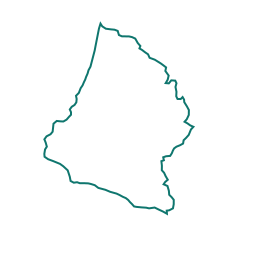 outline of Surubim, Pernambuco, Brazil, rotated 36°
{"feature_id": "56859067B76326707509966", "entity_name": "Surubim", "entity_type": "district", "adm_level": 2, "iso_a3": "BRA", "parent_name": "Brazil", "parent_adm1": "Pernambuco", "projection": "mercator", "projection_center": [-35.746, -7.891], "detail": "fine", "context": "isolated", "style": "outline", "palette": "teal", "viewbox_px": 256, "rotation_deg": 36, "n_neighbors": 0, "source": "geoboundaries", "source_scale": "gbopen_adm2", "svg_char_len": 1822}
<svg xmlns="http://www.w3.org/2000/svg" viewBox="0 0 256 256"><g transform="rotate(36 128 128)"><path d="M163.0,75.9L158.3,74.0L156.7,72.1L154.0,70.9L153.6,73.6L151.0,75.4L148.4,74.0L145.9,70.2L142.3,66.9L140.9,63.3L138.4,61.9L135.0,64.0L134.8,67.9L132.1,69.5L131.7,65.6L130.1,61.7L124.7,59.9L123.2,56.6L119.4,56.5L116.6,56.5L109.5,57.0L104.2,58.5L100.9,56.6L97.4,56.7L93.4,56.6L90.5,56.9L89.8,54.4L85.9,53.5L81.3,51.4L77.8,52.1L75.0,53.3L69.2,57.4L66.0,58.1L62.6,55.5L59.3,56.4L56.1,58.3L51.7,60.7L47.4,60.9L44.4,59.7L46.1,64.7L53.7,81.1L55.5,84.9L61.6,100.5L62.1,104.5L63.3,107.7L64.1,111.4L64.9,113.9L65.4,116.8L66.2,120.2L66.3,123.6L67.6,128.5L67.0,132.5L69.4,134.7L71.1,137.6L71.2,140.8L70.0,143.9L70.0,147.2L72.6,148.7L74.1,150.8L73.7,153.7L73.4,157.3L71.9,160.7L69.8,162.1L66.2,164.2L65.2,168.3L69.2,175.3L69.0,178.6L67.0,182.6L67.0,186.3L70.0,188.2L73.3,190.8L73.5,194.1L75.5,198.1L77.4,200.3L81.7,200.2L87.1,198.7L94.1,197.0L98.1,197.0L104.1,197.7L109.5,201.6L112.7,204.6L116.3,204.1L118.7,201.8L121.4,201.0L125.0,198.4L128.5,196.1L130.9,195.1L134.7,193.8L139.2,193.9L146.0,191.3L151.1,190.1L157.3,187.8L160.4,187.2L164.3,186.7L167.4,186.0L170.4,186.1L173.2,186.8L176.0,187.2L179.0,187.9L181.3,186.8L183.5,185.5L185.7,184.2L189.5,181.8L192.3,180.6L196.3,176.7L200.9,175.9L205.5,175.0L209.9,174.5L207.9,172.1L209.7,170.4L211.6,166.6L209.8,162.8L207.2,159.2L203.9,158.3L200.6,157.8L198.0,154.8L194.0,151.7L189.9,152.6L189.8,149.8L190.6,146.5L186.7,144.8L183.5,143.0L180.2,142.3L177.6,138.6L174.5,135.2L176.0,133.0L173.7,131.0L175.4,128.5L178.5,125.8L178.3,122.6L177.6,119.9L177.3,117.4L178.2,114.6L180.2,111.4L181.7,108.2L180.2,105.2L180.8,101.9L181.2,97.9L179.8,92.2L180.2,88.6L176.8,89.3L173.4,89.3L170.1,89.7L170.4,86.3L169.5,81.7L166.7,77.7L163.0,75.9Z" fill="none" stroke="#0f766e" stroke-width="2"/></g></svg>